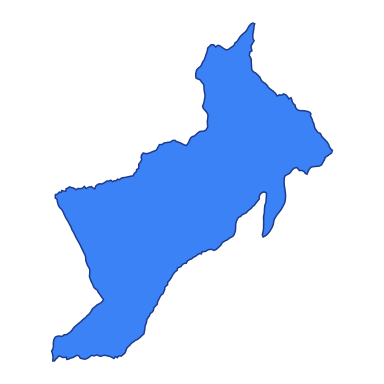 São João da Lagoa, Minas Gerais, Brazil (Equal Earth projection)
{"feature_id": "56859067B20811044827275", "entity_name": "São João da Lagoa", "entity_type": "district", "adm_level": 2, "iso_a3": "BRA", "parent_name": "Brazil", "parent_adm1": "Minas Gerais", "projection": "equal_earth", "projection_center": [-44.337, -16.851], "detail": "fine", "context": "isolated", "style": "filled", "palette": "blue", "viewbox_px": 384, "rotation_deg": 0, "n_neighbors": 0, "source": "geoboundaries", "source_scale": "gbopen_adm2", "svg_char_len": 5683}
<svg xmlns="http://www.w3.org/2000/svg" viewBox="0 0 384 384"><path d="M299.4,170.6L301.9,170.5L304.0,171.5L305.3,173.4L307.0,174.2L308.1,171.5L309.2,169.3L310.9,167.3L312.9,166.7L315.3,166.5L317.8,166.2L319.5,166.0L321.6,164.8L323.0,162.2L324.4,159.9L325.3,157.3L327.9,155.6L329.5,154.4L331.6,153.0L332.4,150.3L330.9,149.1L329.5,147.0L328.5,144.3L327.0,141.9L325.4,140.2L323.8,138.6L321.8,136.4L320.4,133.5L317.8,132.3L316.4,130.5L314.9,128.2L314.3,125.9L313.8,123.5L312.7,121.5L312.2,119.4L310.5,116.0L310.8,113.4L309.0,111.9L307.0,111.3L305.0,110.9L302.6,110.6L300.4,110.7L297.7,110.0L295.6,107.7L295.1,105.2L293.7,103.9L292.4,102.2L291.9,100.1L291.0,97.7L288.8,98.9L287.5,96.6L285.8,94.8L283.4,93.9L281.8,95.2L279.4,94.8L277.1,96.0L275.5,93.4L273.5,91.4L271.7,90.1L269.8,88.7L268.2,87.3L267.0,85.2L265.2,83.4L263.6,82.5L261.4,80.6L259.9,77.2L257.8,75.0L255.9,73.2L253.4,71.8L251.7,69.5L251.5,65.9L251.3,62.8L251.3,59.8L250.7,57.8L249.3,55.7L249.9,52.0L251.9,50.9L251.4,48.7L251.0,46.1L252.6,43.2L254.1,40.7L252.9,38.6L252.8,35.1L253.3,31.9L253.8,29.1L254.0,26.0L254.7,23.8L252.9,23.0L250.8,24.1L249.0,26.1L247.9,28.1L246.9,30.0L245.3,31.9L243.3,33.6L241.5,35.2L239.8,37.1L238.6,39.1L237.1,41.4L235.0,42.9L234.1,45.2L232.4,46.6L230.7,47.7L228.4,49.4L226.1,49.9L224.0,48.7L221.9,47.3L219.5,45.6L217.7,45.4L215.6,47.0L213.7,44.8L211.1,44.7L209.4,46.5L207.8,47.9L207.1,51.7L206.0,54.6L205.2,57.3L204.2,60.0L202.6,62.1L201.5,64.8L200.4,66.6L198.7,67.7L196.6,70.0L195.8,73.3L195.7,75.8L196.0,78.0L197.8,79.0L199.8,79.6L201.7,82.1L203.8,84.6L204.0,87.8L204.2,90.6L204.6,92.8L205.1,95.9L204.6,98.9L204.2,101.6L203.4,104.0L202.6,106.1L203.2,108.2L205.3,110.7L207.0,112.6L208.0,115.0L207.8,118.0L207.3,121.2L207.5,124.4L207.7,126.9L206.1,129.9L204.0,131.1L201.4,131.3L199.7,131.5L197.8,132.9L195.7,134.9L194.2,136.1L192.5,136.5L190.8,137.7L189.8,139.6L188.7,142.1L187.6,144.1L186.3,145.5L184.0,144.8L181.2,143.3L178.5,142.1L176.5,141.6L175.1,140.4L173.1,140.3L170.1,142.2L167.7,142.3L165.8,142.8L164.1,142.9L162.1,144.5L159.4,144.6L158.0,147.3L156.2,150.3L153.6,151.2L151.5,152.1L148.9,153.2L146.2,153.7L143.2,153.0L141.6,155.0L141.1,157.3L141.7,159.6L140.5,162.0L138.8,164.1L138.7,168.4L136.6,169.6L136.3,171.8L134.5,173.1L132.9,175.9L130.2,176.3L127.2,177.0L124.7,177.5L122.9,177.7L121.2,178.2L119.5,179.7L117.7,179.1L116.2,180.7L114.2,180.8L112.5,181.7L110.9,180.2L109.0,181.0L106.9,181.0L104.9,182.4L102.0,184.0L99.8,183.8L97.9,184.3L95.9,185.9L94.8,188.8L93.1,188.1L91.4,186.6L88.8,187.1L86.0,188.5L84.3,186.4L82.3,188.4L79.7,188.7L78.0,188.4L76.2,189.7L73.9,188.2L71.0,187.4L69.3,186.9L67.8,188.2L66.1,188.7L65.9,191.0L64.1,191.2L61.8,190.5L61.0,192.5L59.2,192.1L57.4,194.2L55.4,194.6L55.2,197.9L57.0,199.3L57.5,202.4L58.4,205.4L59.9,207.8L61.6,209.3L63.1,211.7L64.4,214.9L65.5,217.1L66.5,219.0L68.1,221.5L69.5,224.3L71.1,227.2L71.9,229.6L73.1,231.5L74.7,234.7L76.0,237.5L77.4,239.9L78.9,242.6L80.1,244.8L81.2,247.2L82.6,250.1L83.6,252.2L84.6,254.1L85.5,256.2L85.7,258.4L85.8,260.8L86.6,262.9L87.5,265.3L88.8,267.5L89.9,269.8L89.7,273.5L89.4,276.5L90.4,279.5L91.7,282.5L92.9,284.7L93.6,286.9L95.2,288.8L97.3,290.1L98.1,292.2L99.8,294.3L101.1,296.3L102.2,297.9L103.5,299.2L102.6,301.2L101.3,302.5L99.4,303.7L97.2,304.8L95.6,306.2L94.1,307.5L92.5,308.7L91.0,311.5L89.3,313.9L86.7,316.1L85.6,317.7L84.1,318.6L82.5,320.0L81.1,321.4L79.2,323.0L76.9,324.9L75.1,326.3L73.5,328.0L72.2,329.9L70.5,331.9L68.2,333.5L66.4,334.7L64.1,334.8L62.0,336.5L59.4,336.0L57.4,336.2L55.3,337.1L53.8,339.7L53.3,343.5L53.4,347.0L52.7,349.3L51.6,351.0L52.5,353.6L53.1,357.2L52.7,360.9L54.4,361.0L55.8,359.1L57.4,357.7L58.8,355.9L61.0,356.6L62.6,357.5L64.7,357.4L66.4,357.3L66.8,359.4L68.9,359.0L71.0,357.9L72.8,357.6L75.1,356.4L76.8,355.3L78.8,355.8L80.3,358.2L82.9,358.9L85.2,359.2L87.7,358.2L89.7,356.8L91.5,355.3L94.0,355.9L97.2,354.9L99.2,356.0L100.9,356.3L103.0,355.5L105.1,355.3L107.2,355.8L108.7,356.1L110.7,356.7L112.4,357.6L113.9,358.5L115.4,356.6L117.2,357.7L118.9,355.9L121.3,356.1L123.1,354.6L124.7,353.3L125.7,351.4L126.5,348.7L127.9,346.9L129.8,345.3L131.2,343.4L133.8,341.6L135.3,340.3L137.5,339.5L139.7,337.7L141.8,335.7L143.9,333.9L144.7,329.9L145.1,325.9L146.4,322.7L146.8,319.6L148.1,317.7L149.4,315.8L150.2,313.5L151.9,312.4L153.4,310.5L153.8,307.8L155.7,305.9L157.3,304.1L157.6,301.7L158.9,299.2L160.8,295.3L162.9,293.8L163.9,291.5L164.7,289.6L164.8,287.4L166.0,286.0L167.5,284.9L167.8,282.2L169.9,279.8L171.6,277.1L173.1,274.3L174.9,272.0L177.1,270.4L177.7,267.8L180.8,266.7L182.7,264.3L184.3,263.4L186.3,263.2L187.3,261.1L189.5,259.6L191.7,258.8L193.6,257.1L195.2,256.5L197.8,254.5L199.8,253.5L201.4,253.9L202.0,251.8L203.8,251.6L205.8,251.3L207.7,249.9L209.4,249.5L211.4,249.3L214.1,250.4L216.4,249.3L218.5,247.4L220.7,245.4L222.4,242.5L224.8,241.0L227.2,239.9L229.5,238.1L231.6,237.0L233.3,235.9L234.4,233.9L235.4,230.9L235.6,228.0L235.7,224.4L236.3,221.5L237.3,219.3L238.4,217.4L240.6,216.5L242.0,214.9L244.0,213.8L246.0,213.0L248.2,210.6L251.0,208.5L252.7,206.4L254.4,205.2L255.8,203.2L257.7,200.9L259.2,199.1L259.3,196.0L260.6,193.7L262.9,192.1L265.1,192.1L266.5,193.4L266.4,196.0L266.2,198.5L266.0,202.1L264.8,205.6L264.4,209.7L264.4,212.4L263.9,214.9L263.5,217.5L263.7,220.9L263.6,225.8L263.5,229.3L262.9,232.4L262.3,234.8L263.1,237.0L265.8,235.6L267.8,233.7L269.6,231.6L271.1,229.1L272.3,227.0L273.3,224.2L273.8,221.2L274.4,219.0L275.5,217.2L276.6,215.4L277.8,213.8L279.1,212.2L280.7,210.2L282.0,208.1L283.5,205.2L284.8,202.5L285.4,199.3L285.6,195.7L285.4,192.9L285.0,190.2L284.7,187.8L284.3,185.6L284.1,182.4L284.2,178.4L285.0,175.8L287.2,174.6L289.5,173.4L290.7,172.0L292.1,170.1L294.1,168.2L296.9,167.5L299.4,170.6Z" fill="#3b82f6" stroke="#1e3a8a" stroke-width="1.5"/></svg>